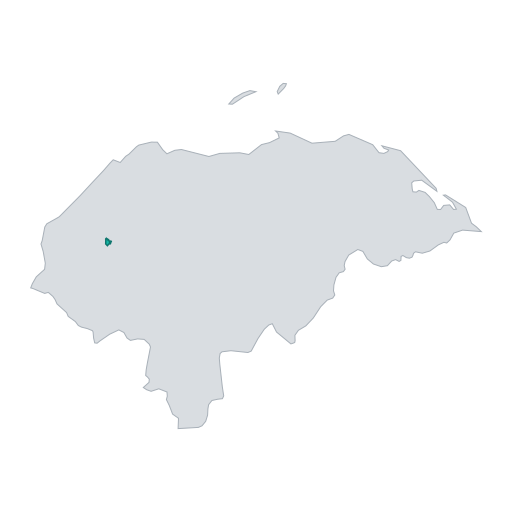 location of San Vicente Centenario, Santa Bárbara, Honduras
{"feature_id": "27666195B10024798844704", "entity_name": "San Vicente Centenario", "entity_type": "district", "adm_level": 2, "iso_a3": "HND", "parent_name": "Honduras", "parent_adm1": "Santa Bárbara", "projection": "equal_earth", "projection_center": [-88.287, 14.884], "detail": "fine", "context": "in_parent", "style": "filled", "palette": "teal", "viewbox_px": 512, "rotation_deg": 0, "n_neighbors": 0, "source": "geoboundaries", "source_scale": "gbopen_adm2", "svg_char_len": 3678}
<svg xmlns="http://www.w3.org/2000/svg" viewBox="0 0 512 512"><path d="M481.3,231.6L462.6,230.1L453.8,233.1L450.0,239.9L446.7,243.0L443.9,242.3L438.3,244.9L429.9,251.0L422.3,253.2L415.5,251.8L413.5,253.3L413.0,255.2L412.0,257.2L409.4,258.2L406.3,257.6L402.9,255.5L401.1,256.4L400.9,260.4L399.1,261.4L395.6,259.6L391.7,261.0L387.4,265.7L381.3,266.7L373.4,264.0L367.3,258.9L362.9,251.4L357.8,249.5L348.7,255.1L345.0,261.6L344.2,265.6L345.1,269.2L343.4,271.6L339.2,272.8L336.0,277.3L333.9,284.9L333.5,290.9L334.8,295.0L332.7,298.1L327.2,300.1L320.7,306.7L313.3,318.0L305.8,325.9L298.4,330.3L294.9,335.3L295.1,340.8L294.7,342.5L293.3,343.1L290.9,343.9L276.5,332.0L272.3,323.7L268.8,325.0L264.3,329.2L258.0,338.5L251.2,351.1L247.9,352.5L230.9,350.7L222.0,351.8L220.1,353.5L219.3,358.1L219.8,364.3L222.3,386.7L223.7,395.9L222.4,398.7L217.8,399.2L211.9,400.5L208.6,404.7L207.9,409.0L207.6,415.1L205.7,421.3L202.0,425.8L198.4,427.4L178.1,428.6L178.5,418.3L172.6,414.1L169.3,405.5L166.4,399.6L167.3,396.2L167.0,392.0L158.8,388.8L151.1,391.3L146.6,389.7L143.3,387.5L149.0,382.4L149.3,379.2L147.5,377.0L145.7,375.5L146.2,369.7L147.4,362.9L150.5,347.0L149.3,344.2L144.2,339.4L137.6,338.9L130.4,340.4L127.0,338.0L123.9,332.5L118.8,329.9L109.7,334.2L100.1,340.8L97.1,343.2L94.7,342.9L93.6,338.0L93.1,332.1L92.5,330.7L87.4,328.6L81.4,327.1L78.3,325.5L75.4,321.6L68.2,316.4L66.6,312.6L57.0,303.9L55.1,299.6L52.9,296.4L48.3,292.4L44.7,293.4L32.6,288.4L30.7,287.9L32.4,283.6L36.3,276.8L44.6,269.3L45.3,263.2L43.2,251.5L41.0,244.0L42.2,240.6L44.8,227.0L46.8,223.8L58.9,217.0L60.0,216.0L69.5,206.4L80.1,195.7L91.0,183.9L103.3,170.8L110.0,163.1L113.2,159.8L120.2,162.5L125.7,156.3L128.9,154.2L136.4,146.8L138.8,145.1L151.3,142.1L157.4,142.2L162.7,149.7L166.9,153.8L174.8,150.3L181.4,149.5L208.9,156.5L219.8,153.4L239.8,152.8L248.8,154.5L261.5,144.6L269.6,142.6L279.2,137.9L277.9,133.2L275.6,131.0L290.2,133.1L312.0,143.2L335.2,141.3L343.5,135.9L348.9,134.4L372.7,144.7L379.0,152.7L383.9,153.4L387.7,151.6L388.7,150.0L384.0,148.3L381.9,145.8L400.6,150.7L436.1,188.3L436.9,191.3L421.7,180.2L413.8,181.0L411.7,182.8L412.2,188.9L412.9,191.8L416.4,192.1L418.9,190.4L425.1,192.4L429.3,196.5L434.3,202.7L437.3,209.4L440.6,209.5L443.7,205.4L449.7,204.9L453.6,209.5L456.4,209.2L452.5,202.2L443.4,195.2L445.5,194.9L465.7,207.5L471.5,223.2L476.3,226.8L481.3,231.6ZM244.0,96.6L232.4,104.2L228.8,104.0L234.1,98.1L242.7,93.1L249.9,90.6L255.9,91.7L244.0,96.6ZM283.7,88.5L278.2,94.1L277.2,91.6L279.8,86.3L283.2,83.4L286.4,83.7L285.6,85.9L283.7,88.5Z" fill="#d9dde1" stroke="#a8b0b8" stroke-width="1"/><path d="M106.6,238.7L106.4,238.7L106.3,238.8L106.3,238.7L106.2,238.7L106.1,238.8L105.9,238.9L105.9,238.7L105.8,238.8L105.7,238.9L105.7,239.0L105.7,239.4L105.7,239.6L105.8,239.8L105.7,243.9L107.4,245.7L108.6,244.3L108.6,244.2L108.8,244.1L109.0,244.0L109.1,243.9L109.3,243.8L109.3,243.7L109.5,243.5L109.8,243.6L109.8,243.8L110.0,243.9L110.1,243.7L110.3,243.6L110.5,243.5L110.5,243.4L110.4,243.3L110.4,243.2L110.2,243.2L110.1,242.9L110.1,242.7L110.3,242.6L110.5,242.7L110.7,242.4L110.8,242.3L110.8,242.2L111.0,242.1L111.1,241.9L111.2,241.7L111.3,241.6L111.3,241.4L111.2,241.4L110.9,241.3L110.8,241.2L110.7,241.2L110.7,241.3L110.5,241.2L110.4,241.1L110.2,241.2L110.0,241.3L109.9,241.3L109.9,241.2L109.7,241.2L109.6,241.3L109.6,241.2L109.4,241.1L109.2,241.1L109.1,240.9L109.0,240.7L108.9,240.7L108.7,240.5L108.8,240.4L108.7,240.3L108.6,240.2L108.4,240.0L108.4,239.9L108.2,239.9L108.3,239.7L108.2,239.7L108.0,239.4L107.9,239.4L107.8,239.2L107.7,239.1L107.4,239.0L107.3,238.9L107.2,238.9L107.0,238.7L106.9,238.7L106.9,238.8L106.8,238.7L106.7,238.7L106.6,238.7Z" fill="#14b8a6" stroke="#0f766e" stroke-width="1.5"/></svg>